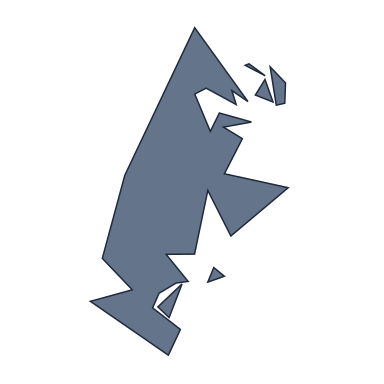 SVG path tracing the border of Aisén del General Carlos Ibáñez del Campo, rotated 183°
{"feature_id": "CHL-2691", "entity_name": "Aisén del General Carlos Ibáñez del Campo", "entity_type": "Region", "adm_level": 1, "iso_a3": "CHL", "parent_name": "Chile", "parent_adm1": "", "projection": "albers", "projection_center": [-74.056, -46.391], "detail": "coarse", "context": "isolated", "style": "filled", "palette": "slate", "viewbox_px": 384, "rotation_deg": 183, "n_neighbors": 0, "source": "natural_earth", "source_scale": "10m", "svg_char_len": 752}
<svg xmlns="http://www.w3.org/2000/svg" viewBox="0 0 384 384"><g transform="rotate(183 192 192)"><path d="M207.1,27.8L287.8,77.5L246.5,91.2L278.1,121.0L260.0,205.1L197.9,356.2L140.8,285.2L157.5,295.4L152.5,281.7L183.3,296.4L194.4,290.0L176.9,253.5L168.8,272.3L136.3,265.0L164.0,258.4L144.5,247.9L160.6,211.9L96.2,201.3L150.9,150.1L176.3,194.4L186.2,130.1L214.6,128.4L191.2,102.5L203.0,100.3L219.6,89.2L225.3,74.2L196.4,54.1L207.1,27.8ZM197.1,99.7L208.3,65.4L220.1,75.5L197.1,99.7ZM120.5,321.1L104.3,305.8L104.0,285.5L112.4,283.1L120.5,321.1ZM125.0,311.9L145.5,321.3L141.8,323.0L125.0,311.9ZM125.0,308.2L115.8,286.1L133.8,292.1L125.0,308.2ZM171.5,102.8L166.3,117.7L155.3,109.6L171.5,102.8Z" fill="#64748b" stroke="#1e293b" stroke-width="1.5"/></g></svg>